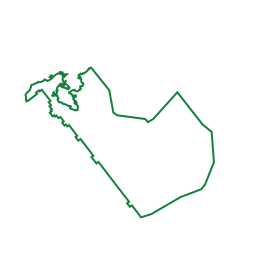 74, Al Khawr, Qatar, rotated 232°
{"feature_id": "91078587B87151067735171", "entity_name": "74", "entity_type": "district", "adm_level": 2, "iso_a3": "QAT", "parent_name": "Qatar", "parent_adm1": "Al Khawr", "projection": "equal_earth", "projection_center": [51.544, 25.65], "detail": "fine", "context": "isolated", "style": "outline", "palette": "green", "viewbox_px": 256, "rotation_deg": 232, "n_neighbors": 0, "source": "geoboundaries", "source_scale": "gbopen_adm2", "svg_char_len": 5627}
<svg xmlns="http://www.w3.org/2000/svg" viewBox="0 0 256 256"><g transform="rotate(232 128 128)"><path d="M125.8,188.9L119.6,153.7L120.3,147.3L124.5,147.1L144.6,127.4L149.1,125.9L169.3,136.5L198.3,136.1L198.3,135.3L198.5,134.8L198.7,134.7L198.6,134.2L198.9,134.0L198.9,133.9L198.6,134.0L198.5,133.5L198.7,133.1L198.4,132.6L198.0,130.2L198.2,127.0L198.5,126.1L198.8,126.1L198.7,125.2L199.0,124.4L199.3,124.0L199.5,124.2L200.0,124.1L200.0,121.8L199.7,121.3L199.1,121.4L198.8,121.2L198.2,121.2L198.1,121.6L197.7,121.6L197.6,121.8L197.2,121.5L197.1,121.2L197.2,120.9L197.7,120.7L197.6,120.2L198.7,119.4L198.8,119.4L197.3,120.2L197.3,119.9L197.1,119.9L196.9,121.0L196.3,121.3L194.8,121.1L194.4,120.3L194.4,119.8L194.3,120.0L193.1,119.9L192.4,119.5L191.9,119.5L191.4,120.0L190.9,120.3L190.5,120.2L190.0,119.8L189.9,119.4L189.6,119.0L189.1,118.1L189.1,117.9L189.4,117.7L189.5,117.3L189.9,117.0L190.2,116.3L190.2,115.8L189.7,115.5L188.2,115.2L188.0,114.0L188.2,113.8L188.2,113.5L187.7,113.5L187.8,113.1L187.8,112.2L188.1,110.8L188.7,109.8L189.5,109.4L190.9,109.6L191.2,108.7L191.5,108.6L192.0,106.8L192.0,105.3L192.3,104.4L192.4,104.1L192.4,103.8L191.4,103.9L191.3,103.4L189.3,104.4L189.1,104.3L188.3,104.6L188.1,104.4L187.8,104.0L187.6,103.9L187.3,103.9L186.4,104.1L186.3,104.3L186.4,104.6L186.6,105.8L186.5,106.2L186.1,106.7L185.3,106.8L185.1,106.6L184.9,106.2L185.0,105.5L185.3,104.4L185.1,104.0L185.1,103.7L185.3,103.6L185.1,103.5L185.1,103.2L184.3,103.1L184.1,102.9L183.6,103.0L183.6,102.6L182.9,102.7L182.6,102.6L182.3,102.7L182.1,102.6L182.1,102.8L181.9,102.9L181.9,102.7L181.9,103.1L181.0,103.5L180.9,103.4L181.1,103.1L180.9,103.1L181.0,103.0L180.7,102.8L181.4,101.4L181.2,101.7L181.0,101.4L180.9,101.4L180.3,102.7L180.1,102.7L178.9,102.0L179.1,101.4L180.0,101.4L180.0,101.2L179.0,101.3L178.5,102.3L177.1,101.9L176.4,102.0L175.9,101.9L175.2,101.4L174.4,100.2L173.4,99.6L173.4,99.1L173.8,97.9L174.2,97.5L174.8,97.3L174.9,97.0L175.3,96.9L176.9,95.7L177.7,95.5L178.1,95.0L178.6,94.8L179.3,94.4L179.8,95.1L180.3,96.8L180.5,97.0L180.4,96.7L180.6,96.3L181.5,95.6L181.8,94.8L182.1,94.5L183.1,94.3L184.1,93.9L185.2,93.2L185.6,92.7L186.0,92.6L186.1,92.3L186.7,92.1L187.2,91.7L187.6,91.6L188.0,91.8L188.4,91.8L188.7,91.5L189.4,90.7L189.8,90.6L190.5,89.7L190.8,89.7L191.0,89.9L191.7,89.6L192.0,89.6L192.2,89.8L192.6,89.8L194.0,90.2L194.0,91.3L194.7,91.2L194.9,91.4L196.5,92.1L196.5,91.7L197.7,91.4L198.0,91.2L198.0,91.7L198.9,91.9L198.9,91.7L198.6,91.5L198.6,90.8L198.8,89.9L199.1,89.8L199.2,89.3L199.5,89.3L199.7,88.4L200.0,88.5L200.2,88.4L200.4,89.3L200.1,89.8L200.1,90.6L200.3,90.9L200.9,90.8L200.9,90.3L201.4,90.4L201.4,90.8L201.7,90.8L201.9,91.7L201.3,91.6L200.9,91.3L199.8,91.4L199.1,92.1L199.2,92.3L199.2,93.5L200.7,94.4L200.7,94.8L201.0,94.5L201.3,94.5L201.3,94.8L201.7,95.0L201.7,95.5L202.1,96.0L203.0,96.5L203.1,97.0L203.7,97.9L203.7,99.4L203.5,99.6L203.5,100.1L203.6,100.3L203.6,102.1L203.9,102.0L204.2,101.8L204.0,102.5L203.7,102.5L203.8,102.7L203.7,103.0L203.4,103.1L202.5,103.9L201.5,104.1L201.5,103.4L200.6,103.2L200.6,102.8L201.2,103.0L201.3,102.5L200.7,102.3L200.8,101.8L201.5,101.4L201.6,101.0L201.0,101.1L200.9,101.3L200.6,101.4L200.7,101.7L200.3,101.7L199.4,102.6L198.9,102.6L198.3,103.3L197.5,103.6L197.2,104.0L196.6,103.9L196.6,104.5L196.4,104.6L196.4,105.4L196.3,105.6L196.2,105.9L195.7,105.9L195.8,105.4L195.6,105.0L195.4,105.0L195.5,105.3L195.5,105.9L195.6,106.4L195.8,106.6L196.4,106.6L196.4,106.8L197.2,106.7L197.3,106.8L198.8,106.5L201.6,105.8L201.8,106.2L202.9,105.9L203.1,105.9L203.3,107.8L203.1,107.9L203.3,107.9L203.3,108.1L203.3,107.9L203.6,107.8L203.3,107.8L203.2,105.8L204.4,105.5L205.0,106.0L206.4,106.3L207.3,107.1L207.7,108.0L207.6,108.6L208.0,112.1L208.0,113.0L208.1,112.9L208.0,112.1L207.9,110.3L208.7,109.9L208.5,109.7L208.4,108.9L208.5,108.5L209.3,108.5L209.5,108.5L209.7,109.4L208.9,109.7L209.0,109.8L209.7,109.5L209.9,109.5L209.9,110.4L210.0,110.3L209.9,109.5L210.2,109.4L210.9,109.6L211.3,110.6L211.3,110.4L211.6,110.3L211.7,110.7L211.3,110.9L211.8,110.8L211.6,110.2L211.2,110.2L211.0,109.6L211.2,109.3L211.3,109.3L211.6,109.9L211.3,108.9L212.1,108.1L213.4,107.3L214.0,108.9L214.0,109.0L213.4,109.4L213.4,109.5L213.5,109.5L214.0,109.1L214.2,109.6L213.5,107.3L214.2,105.9L214.4,104.7L214.5,103.5L214.4,100.8L214.6,100.7L214.6,99.9L214.7,99.7L216.1,99.4L216.2,99.6L216.3,99.3L216.5,99.3L216.7,99.7L216.5,99.8L216.8,99.7L216.7,99.2L214.2,99.8L214.0,98.4L214.2,98.2L215.9,97.9L216.1,98.0L216.2,97.9L216.2,97.7L216.0,97.8L214.2,98.1L214.0,97.1L214.1,96.1L214.4,94.6L214.7,93.5L215.1,93.4L215.5,93.0L216.1,93.1L216.5,92.7L216.9,92.3L217.1,91.9L218.5,92.4L217.1,91.8L217.1,91.0L217.3,89.9L217.6,88.9L217.9,89.0L217.6,88.8L217.7,88.6L217.9,88.2L218.2,88.4L217.8,88.2L218.0,87.6L218.4,86.7L218.9,86.1L219.5,85.6L220.1,86.6L219.5,85.6L219.5,85.3L219.5,84.8L220.3,81.7L220.7,79.8L220.8,79.5L221.1,79.1L221.3,78.6L220.7,77.6L220.7,77.3L220.5,77.1L220.2,76.9L218.9,74.9L218.4,73.9L218.2,73.4L218.1,72.2L218.0,69.4L217.1,67.5L215.1,66.7L214.3,65.8L213.4,65.3L212.5,64.6L211.6,64.7L211.4,64.6L211.3,65.1L211.3,66.4L210.8,67.0L210.9,67.5L210.9,68.3L210.9,77.4L212.5,77.4L212.5,80.9L211.2,80.9L211.2,83.6L197.1,83.6L197.1,81.4L193.5,81.4L193.5,79.5L189.6,79.5L189.6,78.1L188.2,78.1L188.2,75.8L183.6,75.8L183.6,77.6L181.9,77.6L181.9,79.3L178.7,79.3L178.3,81.5L172.7,81.5L172.7,79.4L169.1,79.4L169.1,81.2L166.6,81.2L166.6,83.3L153.1,83.2L153.1,81.1L148.6,81.0L148.6,83.8L127.5,83.6L127.6,81.3L119.5,81.3L119.5,83.8L69.2,83.4L69.3,81.0L64.7,80.9L64.7,83.4L49.6,83.3L45.8,93.4L41.2,126.9L34.7,147.9L35.9,153.7L48.1,174.6L73.4,191.5L84.8,188.9L125.8,188.9Z" fill="none" stroke="#15803d" stroke-width="2"/></g></svg>